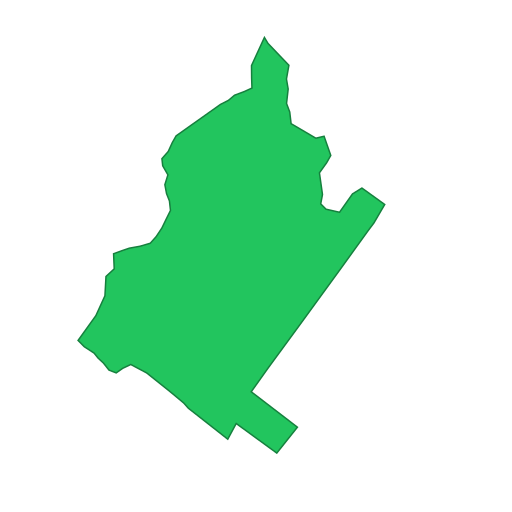 Brochier, Rio Grande do Sul, Brazil, rotated 217°
{"feature_id": "56859067B84298385031191", "entity_name": "Brochier", "entity_type": "district", "adm_level": 2, "iso_a3": "BRA", "parent_name": "Brazil", "parent_adm1": "Rio Grande do Sul", "projection": "orthographic", "projection_center": [-51.611, -29.544], "detail": "fine", "context": "isolated", "style": "filled", "palette": "green", "viewbox_px": 512, "rotation_deg": 217, "n_neighbors": 0, "source": "geoboundaries", "source_scale": "gbopen_adm2", "svg_char_len": 1043}
<svg xmlns="http://www.w3.org/2000/svg" viewBox="0 0 512 512"><g transform="rotate(217 256 256)"><path d="M320.5,79.4L313.5,78.7L304.7,76.4L297.3,78.5L294.8,86.2L290.7,94.0L273.0,96.8L244.0,96.0L225.3,95.1L218.3,93.7L192.6,93.2L168.3,92.7L171.0,110.3L120.8,111.1L119.9,144.2L178.1,144.7L178.9,173.9L179.6,227.4L180.7,295.7L181.7,344.0L181.7,353.3L184.2,374.6L212.3,374.0L216.3,363.7L215.6,341.2L228.3,335.5L235.7,336.6L239.9,345.1L255.4,360.6L255.7,373.0L256.8,381.3L273.7,392.6L279.1,386.1L307.6,382.8L315.7,391.3L323.4,396.2L330.8,408.7L338.2,415.7L344.5,428.1L374.4,433.0L380.8,435.6L374.2,405.4L366.6,395.5L360.3,387.7L364.3,380.3L369.9,371.5L371.7,363.7L375.6,355.7L392.1,303.9L391.1,296.2L389.0,286.7L389.7,277.1L384.8,271.9L375.2,267.8L371.7,258.1L365.0,252.0L358.3,247.9L351.7,240.9L349.9,231.3L348.0,221.7L347.4,211.4L348.1,202.6L354.5,194.0L361.9,186.0L366.1,179.8L371.1,172.1L361.5,160.4L363.5,149.4L352.7,133.3L348.0,112.1L347.3,81.5L338.5,80.2L326.9,81.0L320.5,79.4Z" fill="#22c55e" stroke="#15803d" stroke-width="1.5"/></g></svg>